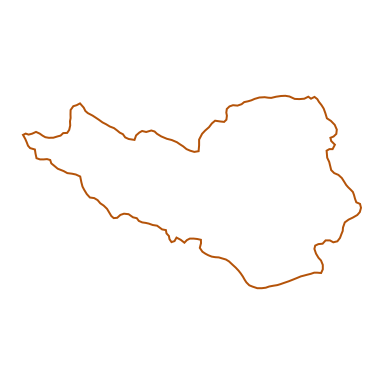 the district of Alterosa, Minas Gerais, Brazil
{"feature_id": "56859067B56058973822386", "entity_name": "Alterosa", "entity_type": "district", "adm_level": 2, "iso_a3": "BRA", "parent_name": "Brazil", "parent_adm1": "Minas Gerais", "projection": "mercator", "projection_center": [-46.171, -21.233], "detail": "fine", "context": "isolated", "style": "outline", "palette": "amber", "viewbox_px": 384, "rotation_deg": 0, "n_neighbors": 0, "source": "geoboundaries", "source_scale": "gbopen_adm2", "svg_char_len": 3019}
<svg xmlns="http://www.w3.org/2000/svg" viewBox="0 0 384 384"><path d="M334.9,144.7L331.2,141.0L330.4,137.8L333.6,136.5L336.3,133.9L336.8,129.6L334.7,124.8L330.9,120.9L326.9,118.3L325.4,113.3L323.7,108.6L321.5,105.1L318.9,101.8L317.3,99.1L314.5,96.9L311.0,98.7L308.3,96.7L304.3,98.7L299.4,99.1L294.7,98.9L289.5,96.5L285.3,95.8L281.0,96.0L276.2,96.7L271.2,97.9L268.2,97.7L264.7,97.2L259.4,97.5L254.6,98.9L251.4,100.3L248.0,101.3L244.2,102.1L241.6,104.2L237.5,105.6L233.0,105.2L229.5,106.4L226.8,109.0L226.3,112.6L226.9,115.7L226.4,119.7L224.1,121.9L219.7,121.4L215.1,120.7L211.9,123.4L209.0,127.2L205.1,130.6L202.1,133.8L199.1,139.6L199.1,145.4L198.6,151.2L194.3,151.9L190.2,150.7L186.5,149.1L183.1,146.3L179.8,144.2L176.9,142.2L171.7,140.0L166.9,138.8L161.2,136.4L157.0,133.8L154.6,131.5L151.3,130.5L146.2,132.0L142.1,131.0L139.4,132.5L136.1,135.4L134.5,139.9L128.7,139.0L125.2,137.4L122.9,134.2L119.7,132.6L117.3,130.6L114.0,128.1L109.8,126.5L106.2,124.3L102.5,122.4L98.8,119.7L95.8,117.7L92.6,115.6L87.8,113.1L85.4,111.0L83.7,107.6L80.0,103.4L76.6,105.2L73.3,106.2L70.6,110.0L70.5,114.5L70.6,118.1L70.0,121.2L70.2,125.5L69.2,129.9L67.2,132.9L63.2,133.1L60.6,135.6L57.6,136.4L53.4,137.7L48.8,137.8L45.3,137.2L42.5,135.6L39.7,133.6L36.0,131.9L32.1,133.7L28.6,134.6L25.7,133.6L23.0,134.9L25.3,139.0L26.8,142.5L28.0,145.7L30.1,148.1L34.9,149.5L35.5,153.5L36.5,158.2L40.0,159.4L43.7,159.4L47.0,159.1L50.2,160.0L51.3,163.4L54.6,166.1L57.7,168.7L60.7,169.9L63.7,171.1L67.3,173.1L72.0,173.7L75.8,174.5L80.2,176.5L81.4,182.4L82.5,186.6L84.3,190.0L86.8,194.1L89.9,197.5L94.2,198.1L97.6,200.1L100.3,203.3L103.7,205.6L107.0,208.8L109.4,212.8L111.3,216.0L113.7,218.1L117.2,217.8L120.4,214.9L124.0,213.7L128.6,214.2L133.0,217.3L136.8,218.2L138.8,220.9L142.2,222.4L145.7,222.9L148.8,223.6L152.7,225.0L157.1,225.7L162.1,229.4L165.9,230.1L166.5,233.4L168.9,236.0L169.5,239.2L171.5,242.1L174.5,241.1L176.5,237.6L180.7,239.8L184.4,242.7L186.9,240.1L189.8,238.6L193.7,238.6L197.3,239.0L200.9,239.8L201.0,243.2L199.8,247.9L202.4,251.7L205.4,253.7L208.2,255.2L211.7,256.6L215.3,257.2L218.8,257.4L222.1,258.4L225.9,259.5L229.0,261.4L232.3,264.5L235.7,267.6L238.6,270.7L240.8,273.5L242.9,276.6L244.7,279.8L246.4,282.4L249.3,285.3L252.5,286.6L257.3,288.2L261.8,288.2L265.8,287.7L269.2,286.5L273.5,285.7L277.3,285.1L280.6,284.1L283.7,283.0L288.7,281.3L293.0,279.6L297.7,277.7L300.8,276.4L303.9,275.6L306.9,274.8L310.9,273.8L314.1,272.7L317.5,272.7L321.1,273.0L322.8,269.3L322.8,264.9L321.0,260.5L318.5,257.8L316.0,253.6L314.4,248.9L315.2,245.6L318.4,244.1L322.6,243.7L325.6,240.4L329.9,240.4L333.3,242.3L337.4,241.3L340.0,237.9L341.5,233.9L342.7,231.0L343.0,227.5L344.8,222.4L348.6,219.6L352.8,217.6L357.3,215.0L359.8,212.1L361.0,207.8L360.0,203.9L356.3,202.3L355.0,198.7L354.0,195.0L352.9,192.0L350.6,189.6L348.2,187.3L346.2,185.0L344.1,181.6L341.8,178.0L338.4,174.9L334.2,173.1L331.2,170.1L330.1,165.6L329.2,161.9L327.2,157.7L326.9,154.1L326.6,150.7L329.4,149.1L332.6,149.1L334.9,144.7Z" fill="none" stroke="#b45309" stroke-width="2"/></svg>